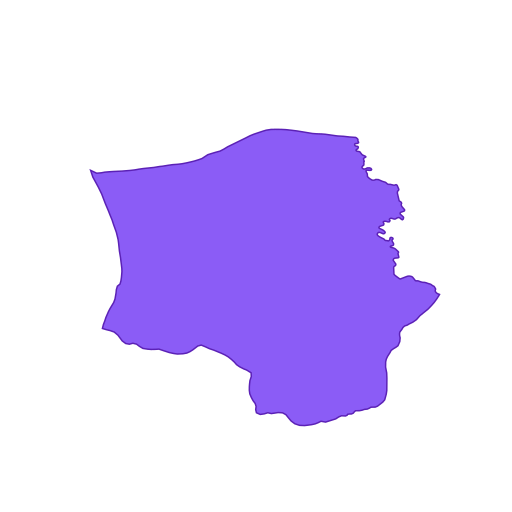 outline of Yi-Ngo, Narathiwat, Thailand, rotated 291°
{"feature_id": "78962969B66673313723424", "entity_name": "Yi-Ngo", "entity_type": "district", "adm_level": 2, "iso_a3": "THA", "parent_name": "Thailand", "parent_adm1": "Narathiwat", "projection": "equal_earth", "projection_center": [101.729, 6.424], "detail": "fine", "context": "isolated", "style": "filled", "palette": "violet", "viewbox_px": 512, "rotation_deg": 291, "n_neighbors": 0, "source": "geoboundaries", "source_scale": "gbopen_adm2", "svg_char_len": 6135}
<svg xmlns="http://www.w3.org/2000/svg" viewBox="0 0 512 512"><g transform="rotate(291 256 256)"><path d="M133.3,138.6L133.6,142.6L134.1,146.6L134.2,150.9L132.6,155.5L128.8,161.5L127.6,165.7L128.3,169.4L130.4,172.3L130.9,176.1L129.9,179.5L129.2,183.6L130.2,188.2L131.2,191.6L132.8,195.5L134.3,198.8L134.5,204.1L134.8,209.6L135.5,214.2L136.3,217.7L138.6,222.9L140.6,226.2L142.9,228.5L145.7,230.6L148.3,232.2L151.1,233.9L153.2,236.8L153.1,241.3L152.8,245.8L153.0,250.3L152.9,254.0L152.8,258.4L152.5,262.5L151.9,266.2L150.7,270.0L149.3,273.6L147.6,276.8L146.7,280.4L146.2,285.2L146.2,287.9L145.2,293.3L141.8,294.8L137.6,295.0L134.4,295.8L131.7,296.6L128.2,297.9L125.1,299.6L122.1,302.5L119.9,305.1L118.0,308.1L115.6,310.0L112.4,310.8L109.8,312.6L109.6,316.7L111.6,320.3L113.9,323.2L114.4,326.8L116.2,330.0L117.8,332.8L119.1,337.0L118.6,340.8L116.5,344.4L114.6,347.8L113.3,352.3L113.5,357.3L115.1,362.1L116.7,365.1L118.5,368.4L120.5,371.4L122.6,373.7L125.0,375.9L125.9,380.5L132.5,388.8L135.4,390.9L137.5,393.1L138.7,396.8L139.9,398.1L141.1,398.3L142.1,400.1L142.7,401.7L144.1,403.1L145.9,403.7L147.2,404.4L148.7,408.1L150.0,410.2L151.6,412.1L153.0,414.8L154.4,416.2L156.1,417.6L157.7,421.5L159.4,423.3L165.0,426.7L167.9,427.7L173.7,427.1L177.3,426.3L188.8,422.0L193.7,419.9L198.7,416.8L203.6,415.0L206.4,414.6L209.4,414.8L213.8,415.7L216.3,416.0L218.9,417.7L220.9,419.3L223.1,420.7L227.6,420.9L231.2,419.9L233.0,418.7L234.7,417.9L236.5,417.5L239.9,418.5L241.9,418.8L243.9,419.8L245.7,422.0L247.3,423.2L250.4,426.1L254.1,428.6L259.0,430.4L268.2,435.7L273.0,437.7L276.6,439.0L280.6,440.1L284.5,440.9L285.9,441.1L285.9,439.3L286.1,438.0L286.5,437.1L286.9,436.5L287.5,435.9L288.1,435.7L288.6,435.6L289.3,435.6L289.7,435.4L291.1,433.7L291.3,433.3L291.5,432.9L291.6,431.5L292.2,429.4L292.2,428.5L292.0,426.2L292.0,424.8L291.9,423.7L291.7,422.6L291.2,421.3L291.0,419.9L290.9,418.7L290.9,416.7L290.8,415.9L290.2,414.4L290.1,413.6L290.2,413.4L290.7,412.7L292.3,409.9L292.5,409.3L292.6,408.6L292.5,407.6L292.3,406.6L292.0,405.8L291.6,405.0L291.0,404.2L286.5,399.2L286.3,398.9L286.2,398.5L286.4,397.4L287.7,392.8L288.0,392.2L288.3,391.5L288.7,391.2L294.2,388.8L294.8,388.6L295.4,388.6L295.8,388.7L296.7,389.4L297.2,389.6L297.7,389.7L298.1,389.6L298.6,389.4L301.1,385.7L301.6,385.5L302.1,385.5L302.8,385.6L303.5,386.1L304.0,386.9L305.2,389.3L305.6,389.6L305.9,389.8L306.4,389.6L309.1,387.7L309.5,387.6L310.1,387.8L310.6,387.7L311.0,387.4L312.5,383.7L312.7,382.7L312.8,381.6L312.4,378.9L312.5,378.4L312.7,378.1L312.9,378.0L313.3,378.1L313.8,378.6L314.7,379.9L315.3,380.3L315.7,380.4L316.7,380.1L317.2,379.6L317.7,379.0L318.0,378.5L319.1,377.5L319.6,377.3L320.1,377.4L320.6,377.7L321.0,377.8L321.5,377.6L321.8,377.2L321.9,376.7L321.9,375.8L321.7,375.4L321.5,375.0L321.0,374.7L320.6,374.7L319.4,375.0L319.0,375.0L318.1,374.7L317.5,374.2L317.4,373.9L317.4,373.3L317.3,372.5L317.0,372.0L316.9,371.4L317.0,370.7L317.2,370.2L317.5,369.8L317.7,369.1L317.8,368.1L318.0,365.9L318.2,364.4L318.5,363.2L318.7,362.5L319.3,361.6L319.7,361.4L320.4,361.3L321.1,361.5L321.6,361.7L322.1,362.2L322.3,363.0L322.4,363.7L322.4,364.9L322.3,366.1L322.4,367.0L322.7,367.5L323.2,367.9L323.7,368.1L324.1,368.2L324.6,367.9L325.0,367.4L325.6,365.8L325.8,364.7L325.9,363.4L326.0,361.8L326.1,361.1L326.5,360.6L326.9,360.5L327.4,360.6L328.0,360.9L329.0,362.1L330.3,363.7L330.8,364.0L331.3,364.0L331.9,363.9L333.0,362.8L333.5,362.6L333.9,362.8L334.4,363.4L334.8,364.4L335.0,365.3L335.1,366.9L335.4,367.6L335.7,368.2L336.2,368.4L337.1,368.4L337.6,367.7L337.9,367.4L338.4,367.4L339.0,367.7L339.6,368.4L339.8,369.2L340.0,371.8L340.2,372.3L340.5,372.8L342.5,374.5L343.0,375.3L343.1,376.0L343.0,377.0L342.3,378.7L342.3,379.7L343.1,380.2L344.6,380.1L345.3,379.5L346.8,375.7L347.3,375.3L347.9,375.2L348.5,375.3L350.9,378.1L351.5,378.4L352.2,378.3L352.6,377.9L354.4,374.5L355.1,373.7L356.4,373.0L357.3,373.1L358.2,372.4L358.5,371.3L358.7,370.4L358.8,370.0L359.1,369.7L365.4,365.4L366.4,365.1L367.1,365.0L368.8,365.6L369.5,365.4L372.6,362.4L372.7,361.9L372.8,361.2L371.7,359.8L371.5,359.3L371.0,355.6L370.5,354.4L370.3,353.5L370.3,353.0L371.1,350.9L371.2,350.4L371.0,346.9L371.2,342.9L370.4,340.4L369.6,339.7L369.0,338.8L368.7,338.1L368.5,337.2L368.8,335.1L369.3,333.4L370.1,331.6L371.6,330.9L372.5,330.5L374.2,328.6L375.1,328.2L375.6,328.4L376.0,329.1L376.7,331.5L377.2,332.6L377.8,332.9L378.3,332.9L378.8,332.2L379.0,331.8L379.0,330.6L378.1,328.3L376.9,327.2L376.3,326.5L375.8,325.4L375.9,324.5L376.2,323.6L376.7,323.2L377.5,323.1L378.3,323.4L379.2,324.0L380.2,323.9L382.6,322.9L382.9,323.1L383.2,323.1L384.9,321.7L385.2,321.6L385.5,321.5L385.9,321.6L387.7,323.0L388.1,322.9L388.3,322.4L388.5,319.3L388.7,318.6L388.9,318.2L390.3,315.9L390.5,315.6L390.5,315.0L390.0,312.8L390.1,312.1L390.3,311.7L390.7,311.5L391.2,311.5L392.4,312.4L392.7,312.6L393.4,312.6L394.0,312.6L394.4,312.4L394.7,312.0L394.8,311.5L394.7,311.1L394.4,310.1L394.4,309.3L394.5,309.0L394.8,308.6L395.1,308.3L395.5,308.1L396.0,308.1L396.5,308.4L396.6,308.6L397.2,309.8L397.6,310.4L398.2,311.0L398.5,311.1L399.0,311.0L399.9,309.9L401.1,309.5L401.5,309.2L401.9,308.5L402.3,307.3L402.4,306.5L400.7,300.9L399.1,294.8L398.4,292.6L397.2,288.8L394.5,277.1L393.5,273.7L391.9,269.1L390.6,264.8L388.6,255.0L387.5,249.7L386.3,244.8L384.7,238.7L383.2,234.1L381.3,229.0L379.5,224.6L377.1,220.4L375.1,217.8L369.0,210.4L366.1,207.3L362.2,203.8L347.8,190.4L344.4,187.8L341.1,184.9L338.1,180.8L335.7,177.7L333.3,174.7L327.6,170.6L325.3,167.9L322.7,164.6L320.6,161.6L318.1,157.9L315.5,153.7L313.6,150.1L311.5,145.6L309.1,141.3L306.3,136.5L305.0,133.9L303.7,131.7L302.0,128.8L297.3,119.5L295.0,115.4L293.0,112.1L290.9,108.1L287.3,100.6L283.8,92.6L282.0,88.7L280.1,84.8L278.2,81.7L276.2,77.6L276.7,70.9L271.2,75.4L266.8,80.6L263.9,84.0L258.6,89.7L253.8,94.0L250.8,96.7L245.2,102.1L241.8,105.2L238.1,108.7L234.4,111.7L228.0,117.2L221.9,121.4L218.6,123.2L211.7,126.7L206.1,130.0L199.9,133.3L196.1,135.3L193.2,136.5L187.6,138.1L184.4,138.8L181.1,139.1L178.1,137.4L174.5,137.7L171.3,138.6L165.2,139.8L161.5,139.8L154.8,138.6L151.4,138.2L144.9,137.9L141.1,138.1L137.3,138.1L133.3,138.6Z" fill="#8b5cf6" stroke="#5b21b6" stroke-width="1.5"/></g></svg>